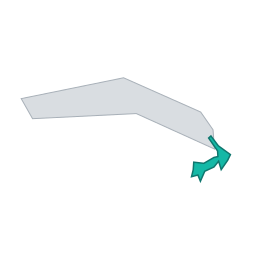 Sandys on a map of Bermuda (Albers equal-area conic projection), rotated 228°
{"feature_id": "BMU-5141", "entity_name": "Sandys", "entity_type": "state/province", "adm_level": 1, "iso_a3": "BMU", "parent_name": "Bermuda", "parent_adm1": "", "projection": "albers", "projection_center": [-64.87, 32.287], "detail": "fine", "context": "in_parent", "style": "filled", "palette": "teal", "viewbox_px": 256, "rotation_deg": 228, "n_neighbors": 0, "source": "natural_earth", "source_scale": "10m", "svg_char_len": 533}
<svg xmlns="http://www.w3.org/2000/svg" viewBox="0 0 256 256"><g transform="rotate(228 128 128)"><path d="M168.3,158.3L91.2,192.7L69.8,190.0L54.5,178.2L133.2,143.8L198.8,63.3L221.3,68.3L168.3,158.3Z" fill="#d9dde1" stroke="#a8b0b8" stroke-width="1"/><path d="M39.7,186.3L37.3,180.4L34.7,169.4L42.7,173.1L41.5,165.8L44.5,156.1L40.0,146.2L46.3,148.5L49.3,142.6L53.3,148.5L58.6,154.0L51.0,160.7L48.6,172.2L46.6,175.7L51.0,179.2L66.6,181.2L66.6,184.3L54.3,183.2L39.7,186.3Z" fill="#14b8a6" stroke="#0f766e" stroke-width="1.5"/></g></svg>